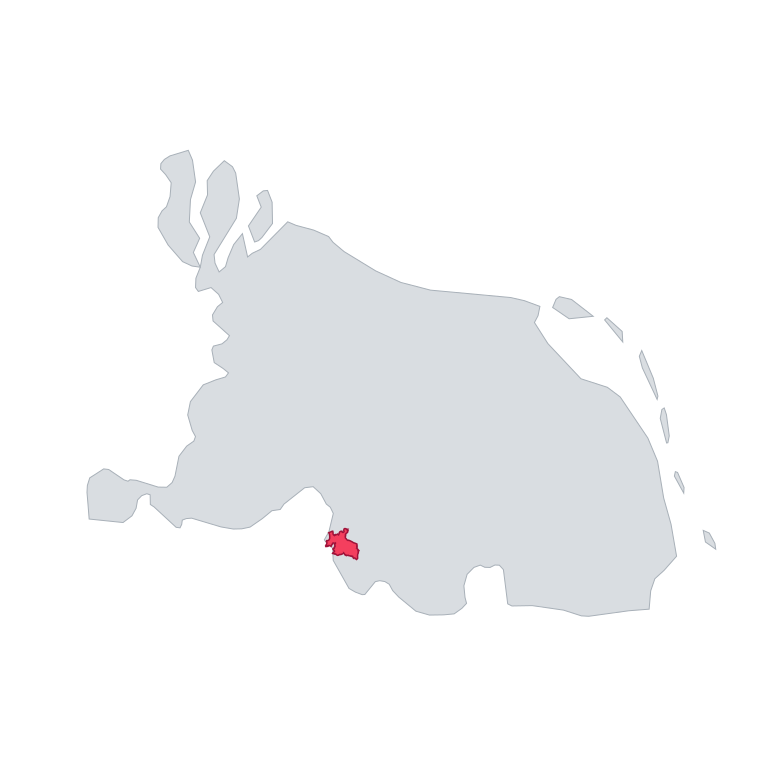 location of Oude IJsselstreek, Gelderland, Netherlands, rotated 83°
{"feature_id": "6326949B61856453224086", "entity_name": "Oude IJsselstreek", "entity_type": "district", "adm_level": 2, "iso_a3": "NLD", "parent_name": "Netherlands", "parent_adm1": "Gelderland", "projection": "orthographic", "projection_center": [6.392, 51.903], "detail": "fine", "context": "in_parent", "style": "filled", "palette": "rose", "viewbox_px": 768, "rotation_deg": 83, "n_neighbors": 0, "source": "geoboundaries", "source_scale": "gbopen_adm2", "svg_char_len": 7491}
<svg xmlns="http://www.w3.org/2000/svg" viewBox="0 0 768 768"><g transform="rotate(83 384 384)"><path d="M482.1,693.1L468.3,692.5L455.4,692.0L448.6,690.8L441.3,687.5L438.1,680.8L434.1,672.6L435.3,667.7L447.5,653.7L449.3,649.9L448.1,647.8L449.4,641.6L458.8,620.7L460.0,612.2L456.0,606.3L450.0,602.7L430.7,596.3L421.6,587.4L417.5,579.7L413.2,577.5L406.8,580.0L390.8,582.6L377.9,578.3L362.8,563.5L359.4,550.5L357.7,540.5L354.0,537.0L348.8,542.0L342.1,549.9L329.2,550.7L325.6,548.7L325.0,544.2L324.4,539.9L321.0,534.5L317.2,531.5L300.6,546.0L294.5,545.8L287.0,539.9L283.4,534.2L274.9,537.2L267.2,543.9L269.5,557.0L265.3,559.3L256.1,557.8L245.7,552.1L234.1,548.5L216.7,539.0L191.7,545.5L174.8,536.1L160.6,534.7L152.0,527.4L142.9,515.3L149.9,507.9L156.6,505.5L182.7,505.0L201.5,510.3L234.8,536.9L243.4,537.0L252.7,534.0L248.2,527.0L239.8,523.4L227.3,516.2L217.5,506.2L241.3,503.9L238.2,498.8L235.3,490.2L211.3,459.8L215.8,452.0L222.7,435.0L230.9,421.0L237.2,417.3L247.7,407.5L270.7,378.5L285.3,354.8L296.5,326.4L313.6,247.8L318.4,234.5L326.0,219.8L335.0,222.8L341.3,227.2L363.9,216.4L402.8,187.9L414.5,162.7L425.7,151.1L469.8,128.7L494.0,121.9L531.3,120.3L558.2,116.2L590.6,114.6L603.0,128.6L610.3,138.9L621.8,144.5L639.8,148.3L638.9,168.7L639.5,209.1L638.2,216.3L630.3,233.4L622.0,264.0L619.9,284.1L617.3,288.0L582.8,288.1L577.9,291.6L577.2,296.0L579.0,301.1L578.2,306.3L575.5,310.5L577.0,317.1L583.0,324.7L594.0,329.3L605.7,329.6L611.8,328.8L616.2,334.1L620.7,342.4L620.4,352.9L618.9,367.0L613.4,380.0L597.4,395.2L590.2,400.5L583.4,403.2L580.2,407.2L578.7,412.2L579.1,416.7L590.6,428.7L590.4,431.4L587.1,437.7L582.7,443.6L552.9,455.9L540.7,455.0L533.6,461.1L531.4,462.2L523.7,456.6L506.3,450.1L499.8,452.3L496.1,455.9L485.2,460.1L477.3,466.8L477.3,475.4L491.0,497.9L495.9,502.3L496.1,510.7L502.8,521.2L509.7,534.4L510.4,542.8L509.6,551.2L506.0,563.2L493.7,591.3L493.5,596.7L494.5,600.8L498.7,601.9L501.9,604.0L500.9,607.8L478.0,627.2L475.1,630.6L465.5,629.6L464.0,632.8L465.3,638.1L469.0,642.7L477.1,645.2L484.1,650.2L489.7,659.9L482.1,693.1ZM245.7,552.1L243.5,560.2L238.0,569.0L219.8,581.3L201.0,589.2L191.4,587.8L185.0,583.1L181.6,578.3L171.9,573.5L158.3,570.7L149.6,575.2L143.4,579.6L138.1,578.6L134.3,574.6L131.5,568.6L128.2,549.8L138.5,546.8L160.5,546.4L177.3,553.6L199.5,557.5L216.9,549.2L230.2,557.2L245.7,552.1ZM211.1,475.1L223.7,487.3L226.4,491.1L227.3,495.1L210.6,499.3L193.5,484.3L181.7,487.3L177.6,480.3L177.7,476.0L189.9,472.9L211.1,475.1ZM341.8,192.3L328.6,207.3L320.9,202.9L318.7,199.3L323.0,187.5L342.3,168.1L341.8,192.3ZM399.5,125.6L387.6,127.2L382.2,124.1L411.1,116.0L429.4,113.6L432.6,114.8L399.5,125.6ZM477.0,110.7L451.8,114.0L443.2,111.3L441.9,108.8L448.8,107.4L470.3,107.2L476.9,109.4L477.0,110.7ZM371.4,141.9L347.3,157.2L345.4,154.7L360.9,141.2L371.4,141.9ZM580.0,84.2L568.2,85.0L571.6,79.3L582.5,75.0L588.4,74.9L580.0,84.2ZM528.8,99.8L510.8,107.0L506.5,105.5L507.6,103.4L523.3,98.8L528.8,99.8Z" fill="#d9dde1" stroke="#a8b0b8" stroke-width="1"/><path d="M554.9,432.6L553.8,431.4L551.4,431.2L549.9,430.9L549.0,430.4L548.9,430.3L548.4,430.1L548.1,430.2L547.5,429.8L547.0,429.7L546.5,429.4L546.3,429.2L546.2,429.3L546.2,429.5L545.7,429.6L545.7,429.9L545.4,430.0L545.5,430.1L545.4,430.1L545.3,430.3L545.1,430.4L544.9,430.3L544.4,430.6L544.2,430.6L543.8,430.8L543.6,431.1L543.4,430.9L543.2,430.9L542.8,430.8L542.8,430.6L542.5,430.5L542.3,430.6L542.2,430.8L541.9,430.8L541.9,430.5L541.6,430.5L541.3,430.6L540.9,430.6L540.7,430.4L540.6,430.5L539.5,430.4L539.0,431.2L538.8,431.6L538.3,432.5L537.8,433.7L537.7,433.8L537.2,434.3L537.0,434.5L536.7,435.0L536.2,435.7L535.4,436.9L534.7,438.2L534.9,438.6L534.9,438.8L534.3,439.6L533.8,439.9L533.0,440.4L532.1,441.1L531.9,441.1L531.4,441.0L531.0,440.9L530.8,441.0L530.6,441.0L530.5,440.8L530.3,440.7L530.0,440.6L529.7,440.6L529.4,440.5L529.2,440.7L529.0,440.4L528.8,440.4L528.7,440.5L528.2,440.4L528.1,440.1L527.9,440.0L527.8,439.9L527.6,439.7L527.5,439.4L527.3,439.1L527.1,438.7L526.9,438.5L527.0,438.5L526.9,438.3L526.5,438.3L526.3,438.2L526.0,438.2L525.8,437.9L525.6,437.9L525.4,437.7L525.2,437.5L524.8,437.7L525.0,437.9L524.9,438.1L524.6,437.9L524.3,437.9L523.9,437.6L523.9,437.9L523.8,438.1L523.6,438.2L523.5,438.4L523.5,438.6L523.6,439.0L523.4,439.1L523.2,439.2L523.1,439.3L522.9,439.8L522.7,440.3L522.7,440.6L522.9,441.2L523.4,441.5L523.5,441.5L524.1,441.7L524.3,441.8L524.6,441.7L525.0,441.7L525.6,441.6L525.9,441.8L526.1,442.1L526.3,442.6L526.2,442.7L526.3,443.0L526.2,443.3L525.7,443.6L525.5,443.8L525.4,443.7L525.1,443.6L525.0,443.8L524.9,444.3L524.9,444.6L524.9,444.8L525.0,445.1L525.2,445.6L525.5,446.0L525.8,446.3L526.2,446.5L526.4,446.5L526.6,446.5L526.9,446.7L527.1,446.9L528.0,447.2L528.3,447.5L528.2,447.7L527.3,448.4L527.4,448.6L527.8,449.8L527.9,450.0L528.0,450.3L527.6,450.5L527.9,450.9L528.3,451.5L527.7,451.7L527.6,451.8L527.7,452.0L527.9,452.2L527.3,452.7L527.0,452.8L526.7,452.8L526.2,452.8L525.7,452.8L525.6,452.7L524.6,452.7L523.9,452.8L523.9,453.1L523.8,453.4L523.9,453.5L524.1,453.7L524.1,454.2L524.4,455.3L524.6,456.0L524.9,457.0L525.3,456.8L525.5,456.7L526.4,456.5L526.6,456.4L526.8,456.4L527.3,456.5L527.6,456.4L528.5,456.4L529.3,456.6L529.8,456.6L530.0,456.6L530.3,456.6L530.5,456.8L531.0,456.9L531.8,457.4L532.0,457.6L532.1,457.8L532.4,458.3L532.6,459.3L532.5,459.5L532.4,459.8L532.5,460.0L533.2,460.4L533.3,460.4L533.5,460.2L534.3,460.0L535.0,460.1L535.7,460.3L535.9,460.4L536.0,460.5L536.3,460.7L536.3,460.8L536.5,460.9L536.7,461.1L536.8,461.1L537.3,461.4L537.6,461.7L538.3,461.5L538.3,461.3L538.2,461.2L537.9,460.4L537.7,459.7L538.3,459.9L538.3,459.4L538.0,458.9L537.9,458.7L537.7,458.3L537.6,458.0L537.8,457.7L538.0,457.4L538.0,457.2L538.4,456.4L538.6,456.3L538.5,456.2L538.4,455.9L538.0,455.8L537.4,455.6L537.2,455.3L536.9,455.2L536.7,454.8L536.2,454.6L536.2,454.3L535.9,454.2L535.9,454.3L535.7,454.2L535.7,453.9L535.6,453.7L535.8,453.1L536.0,452.4L536.1,452.1L536.2,451.9L536.1,451.6L536.3,451.6L536.5,451.8L536.4,451.8L536.5,451.9L536.7,452.1L536.8,452.3L537.1,452.3L537.4,452.4L537.5,452.6L537.9,452.4L538.1,452.3L538.4,452.4L538.4,452.5L538.5,452.5L538.8,452.5L538.8,452.4L539.0,452.3L539.3,452.8L539.8,453.1L540.0,453.2L540.3,453.1L540.4,453.3L540.5,453.2L540.6,453.4L540.8,453.3L541.0,453.4L541.1,453.6L541.2,453.9L541.2,454.1L541.3,454.2L541.2,454.3L541.2,454.5L541.5,454.6L541.6,454.8L541.8,454.7L542.5,454.2L542.8,454.2L543.0,454.1L543.4,453.8L543.5,453.6L543.8,453.5L544.1,453.5L544.5,454.0L544.8,454.6L545.1,454.9L545.5,455.4L545.9,455.7L546.4,454.6L546.4,454.3L546.4,453.7L546.8,453.7L546.9,453.3L546.8,453.1L546.9,452.7L547.2,452.6L547.3,452.3L547.6,452.1L547.9,451.8L548.1,451.6L548.2,451.4L548.5,450.7L548.4,450.3L548.4,450.2L548.2,449.9L548.2,449.6L548.0,449.4L548.0,449.2L547.9,448.9L548.0,448.8L548.0,448.6L547.8,448.6L547.8,448.4L547.9,448.2L548.0,447.9L547.9,447.6L548.0,447.6L548.0,447.3L547.9,447.2L547.8,446.6L547.5,445.8L547.4,445.7L547.3,445.4L547.1,444.9L547.1,445.0L547.0,444.5L546.9,444.5L547.0,444.4L547.3,444.2L547.5,444.1L547.8,443.9L548.1,443.9L548.3,443.8L548.6,443.6L549.0,443.4L548.9,443.0L549.4,442.7L549.3,442.4L549.5,442.3L549.7,442.2L549.6,441.9L549.7,441.7L549.6,440.9L549.6,440.7L549.6,440.4L549.8,440.3L550.2,439.7L550.3,439.0L550.5,438.6L551.0,437.6L550.7,437.5L550.8,437.3L551.0,437.2L551.0,436.9L551.0,436.7L551.2,436.1L552.1,436.0L552.6,435.8L552.7,435.7L552.9,435.7L553.0,435.6L552.9,435.6L553.1,435.0L553.1,434.7L553.1,434.3L553.2,434.1L553.4,433.9L554.2,433.3L554.9,432.7L554.9,432.6Z" fill="#f43f5e" stroke="#9f1239" stroke-width="1.5"/></g></svg>